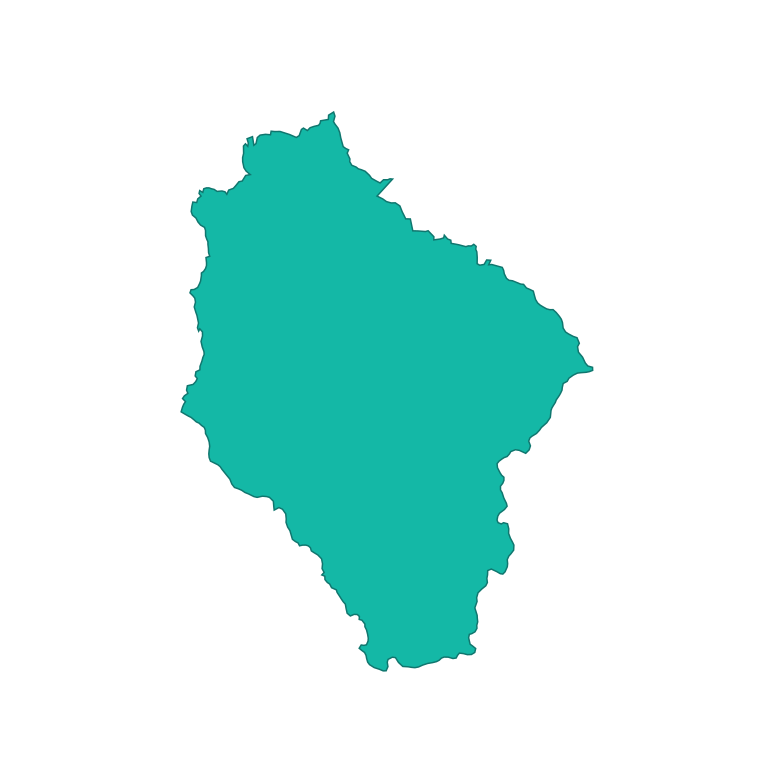 outline of Campinaçu, Goiás, Brazil, rotated 333°
{"feature_id": "56859067B82037437872279", "entity_name": "Campinaçu", "entity_type": "district", "adm_level": 2, "iso_a3": "BRA", "parent_name": "Brazil", "parent_adm1": "Goiás", "projection": "robinson", "projection_center": [-48.57, -13.889], "detail": "fine", "context": "isolated", "style": "filled", "palette": "teal", "viewbox_px": 768, "rotation_deg": 333, "n_neighbors": 0, "source": "geoboundaries", "source_scale": "gbopen_adm2", "svg_char_len": 5499}
<svg xmlns="http://www.w3.org/2000/svg" viewBox="0 0 768 768"><g transform="rotate(333 384 384)"><path d="M553.6,358.6L551.1,357.0L545.4,350.4L542.4,348.3L541.1,345.5L541.2,340.4L542.2,337.0L542.3,333.8L534.2,326.4L531.4,325.3L535.3,322.2L531.8,320.1L527.5,322.9L523.2,321.6L521.6,319.1L524.5,313.6L526.7,308.4L526.9,305.6L528.6,303.2L527.4,300.3L524.5,300.7L521.8,299.2L519.3,298.8L513.7,293.8L511.4,292.0L507.7,289.2L508.8,286.2L506.5,283.7L505.3,278.8L503.5,280.9L499.8,280.3L493.8,278.2L495.3,275.4L492.9,267.5L490.2,267.0L483.8,263.1L479.2,260.6L482.4,248.9L478.3,246.7L478.4,242.7L478.4,238.9L479.0,232.6L476.3,227.7L472.7,226.0L469.0,222.6L466.9,218.5L465.2,216.2L463.1,213.4L484.7,205.3L482.5,203.9L480.0,203.7L476.3,201.8L471.8,203.1L469.6,200.1L466.3,195.1L465.8,191.5L463.8,185.9L461.1,182.8L458.8,180.6L457.7,178.1L454.6,174.5L454.4,170.3L455.8,168.0L456.0,161.6L458.8,159.3L456.9,156.9L455.4,154.0L457.2,145.1L458.7,140.0L459.2,135.1L458.3,130.1L458.1,127.3L461.9,123.1L462.6,118.8L456.7,119.3L454.5,123.0L447.0,120.7L445.3,122.8L443.1,123.8L438.6,122.7L434.5,122.1L430.8,123.4L428.4,119.4L426.0,119.7L421.2,124.2L417.8,124.5L413.0,118.7L406.0,111.8L401.3,109.5L398.2,107.5L396.0,110.4L391.7,107.7L386.6,106.0L383.0,106.9L379.1,111.7L376.4,112.2L378.0,107.4L379.1,103.9L373.3,103.3L372.5,107.7L370.5,110.4L369.6,107.1L366.8,108.2L363.6,114.8L360.8,118.1L359.0,121.8L357.4,127.7L357.8,131.7L359.9,136.7L355.4,135.4L349.8,138.8L346.6,137.9L341.9,140.0L338.6,141.3L333.7,140.7L330.1,143.6L329.6,140.6L327.3,138.5L322.7,136.6L321.0,133.5L318.9,131.7L317.1,129.8L314.7,128.6L312.1,128.2L309.5,131.0L307.6,128.0L305.7,130.3L306.3,133.5L302.1,134.5L299.5,137.3L296.3,135.1L293.6,138.3L290.5,142.8L290.0,146.5L291.8,150.8L291.8,155.3L292.7,159.1L295.2,163.0L294.7,166.1L292.3,171.0L291.8,174.6L291.7,177.3L290.5,179.7L289.2,183.2L287.3,187.4L286.7,191.1L282.8,190.5L280.9,195.4L279.6,197.9L277.4,200.1L274.3,201.8L271.7,202.2L270.4,204.7L267.3,209.0L265.4,210.7L261.8,213.4L257.7,213.6L254.9,212.4L252.5,214.7L253.8,218.7L254.4,221.6L253.2,225.5L249.9,229.2L248.9,234.8L248.5,237.9L246.4,245.5L243.3,249.2L242.9,252.7L244.9,251.2L245.9,255.1L244.1,258.8L240.3,263.0L238.9,268.4L238.3,273.4L237.2,276.0L234.6,278.2L232.2,280.9L228.1,284.7L226.4,287.8L222.0,287.7L219.4,291.1L220.1,294.4L217.3,296.4L213.8,297.7L208.0,296.3L205.3,299.8L205.0,303.3L200.8,303.9L197.9,305.5L199.1,309.6L196.4,311.1L193.9,313.2L190.6,316.7L192.8,320.2L195.3,324.0L196.9,326.1L198.2,329.1L199.6,332.6L201.4,334.8L202.6,338.1L204.1,341.0L203.9,344.0L202.5,347.1L202.6,351.7L201.9,356.3L200.4,360.4L198.2,363.5L196.2,366.7L194.8,370.2L194.4,374.0L199.3,380.5L200.5,383.2L200.9,386.5L202.1,392.3L203.5,398.8L203.0,404.0L203.8,408.3L206.6,411.2L208.9,414.0L210.9,417.6L213.3,420.3L217.0,425.3L219.5,427.4L224.8,428.8L228.3,431.0L230.5,433.0L232.2,438.2L230.3,442.8L228.9,446.5L234.3,446.4L236.7,449.5L237.5,455.1L235.6,459.9L233.9,462.8L233.2,467.8L233.6,472.0L231.9,480.8L233.5,484.1L235.3,486.6L235.3,489.8L238.3,490.6L241.3,492.1L243.1,493.9L244.1,496.4L243.5,499.7L244.9,502.2L247.4,506.2L249.0,511.4L247.6,516.3L245.0,520.4L245.1,524.7L241.9,525.9L244.0,528.4L242.6,531.5L243.4,535.1L244.8,537.6L244.8,541.7L246.5,543.8L248.1,545.8L247.6,548.4L248.1,553.0L248.4,556.4L248.8,559.4L249.6,562.6L248.2,567.2L247.1,571.5L248.7,575.4L252.8,575.7L255.6,577.3L256.5,580.0L255.0,582.5L257.1,584.4L258.0,589.2L256.8,591.6L256.8,595.1L255.8,599.5L254.6,603.3L253.1,605.8L250.0,608.4L247.5,607.8L245.2,606.2L241.9,608.2L243.2,611.2L244.8,614.4L244.8,617.7L243.9,620.7L243.2,624.4L243.7,627.5L246.5,632.2L250.4,636.1L253.0,639.2L255.7,640.5L259.2,637.6L260.6,633.3L262.6,631.2L267.4,631.2L270.0,633.0L270.5,638.7L272.5,644.2L277.1,646.9L280.1,649.1L282.8,650.8L286.3,651.8L290.8,652.0L296.0,652.8L300.8,654.3L304.7,655.2L307.7,655.2L310.8,654.3L313.6,654.6L317.2,656.5L320.8,659.9L323.9,660.9L326.4,659.1L329.0,658.0L332.4,660.3L335.4,663.0L339.1,664.7L343.0,664.4L345.6,661.3L344.0,657.7L342.6,654.9L344.2,648.5L346.4,645.8L348.9,646.3L352.6,646.1L355.9,643.9L357.1,641.1L359.5,638.5L360.9,634.8L362.0,632.3L363.3,624.7L368.2,620.0L369.5,616.5L373.0,612.7L378.0,611.1L383.1,610.0L386.0,607.8L387.4,603.9L389.6,601.1L391.7,597.3L395.6,597.6L399.3,602.4L401.5,605.8L403.6,607.3L406.6,606.3L410.9,602.8L412.6,600.2L414.1,596.4L417.1,594.0L420.0,592.9L424.1,590.9L426.6,586.5L426.7,583.8L426.6,578.8L427.2,573.7L429.4,569.7L430.6,564.6L427.6,561.9L424.9,561.9L422.7,559.3L422.9,556.6L425.4,553.4L428.2,551.6L434.4,550.5L438.2,548.8L438.9,545.9L439.0,540.0L439.9,534.5L439.7,531.3L441.4,527.9L444.7,526.4L447.1,524.3L448.5,521.5L447.4,518.8L447.1,515.8L447.1,510.1L448.6,506.3L451.5,505.0L454.8,504.4L457.6,504.1L460.8,504.5L464.1,503.2L466.2,501.8L471.2,502.2L474.4,504.5L478.8,510.1L483.4,508.6L486.4,505.6L487.0,500.6L489.5,498.3L492.1,497.7L497.4,497.3L501.7,495.7L504.5,494.2L511.4,492.4L517.0,489.3L518.7,486.7L520.8,483.4L522.7,481.6L525.1,480.1L528.3,478.2L530.2,476.4L535.0,473.8L537.1,472.4L539.8,470.3L541.3,468.0L543.9,464.9L548.4,464.8L551.4,462.8L556.8,462.0L561.3,462.1L564.3,463.2L569.3,465.3L572.5,466.2L576.1,466.6L577.4,463.8L573.8,460.5L572.9,456.7L573.1,450.3L571.7,443.9L573.4,438.6L576.5,436.4L577.0,430.4L574.2,427.5L571.1,423.1L569.4,420.1L569.0,415.5L570.9,410.3L571.4,406.8L571.0,403.5L569.9,398.5L568.4,394.5L565.5,393.1L563.0,390.9L560.6,387.3L559.0,384.7L557.7,381.6L557.4,377.6L558.1,374.0L559.2,369.0L557.0,366.1L554.5,363.1L553.6,358.6Z" fill="#14b8a6" stroke="#0f766e" stroke-width="1.5"/></g></svg>